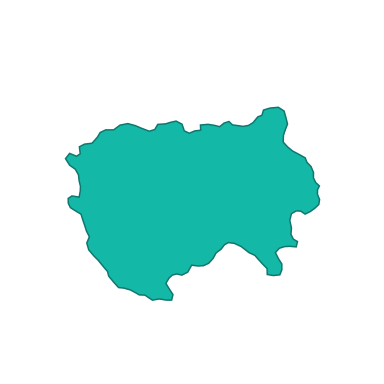 Queluzito, Minas Gerais, Brazil, rotated 308°
{"feature_id": "56859067B25947012466154", "entity_name": "Queluzito", "entity_type": "district", "adm_level": 2, "iso_a3": "BRA", "parent_name": "Brazil", "parent_adm1": "Minas Gerais", "projection": "robinson", "projection_center": [-43.889, -20.731], "detail": "fine", "context": "isolated", "style": "filled", "palette": "teal", "viewbox_px": 384, "rotation_deg": 308, "n_neighbors": 0, "source": "geoboundaries", "source_scale": "gbopen_adm2", "svg_char_len": 1869}
<svg xmlns="http://www.w3.org/2000/svg" viewBox="0 0 384 384"><g transform="rotate(308 192 192)"><path d="M180.8,312.2L186.0,310.7L190.6,307.1L192.5,301.6L195.6,295.0L201.5,295.5L206.0,298.6L209.3,302.4L212.9,307.9L217.9,305.6L217.2,300.9L219.6,296.0L224.8,292.6L229.8,286.6L236.1,283.7L241.3,285.8L243.9,289.5L244.2,294.7L249.5,297.3L255.0,298.8L260.2,299.6L264.6,297.2L267.4,292.3L271.1,289.5L275.2,288.7L275.6,283.7L278.0,278.9L282.2,275.7L285.3,270.2L286.2,264.2L288.6,260.2L287.6,253.7L286.2,245.9L286.4,239.4L287.5,233.1L292.9,229.2L297.9,227.4L304.4,225.4L308.6,220.0L312.5,214.7L311.9,207.9L306.2,201.8L300.6,197.9L295.4,199.9L291.8,197.6L284.2,197.4L279.2,195.5L275.2,191.9L272.5,187.2L269.8,182.5L270.3,177.7L266.0,174.8L260.5,173.6L258.3,168.6L255.2,163.0L250.0,157.4L246.0,160.8L241.9,156.6L236.7,153.7L235.4,148.3L239.3,142.4L238.1,135.8L233.7,132.2L229.4,129.2L224.2,123.4L218.3,124.2L213.6,120.9L211.0,112.5L209.4,106.5L206.4,99.3L200.4,94.1L192.7,92.0L187.9,85.8L182.3,83.0L177.0,83.7L168.9,83.2L163.5,77.8L158.3,75.4L153.3,80.4L149.1,79.0L147.1,71.8L140.4,71.8L137.8,79.0L138.1,86.0L135.6,92.0L131.3,96.2L127.8,100.6L123.9,103.4L118.5,106.2L115.0,99.8L110.7,98.4L107.0,101.4L104.8,105.8L105.4,111.8L106.2,118.2L102.8,123.1L99.2,128.6L96.3,132.8L93.5,138.7L87.0,140.5L82.8,146.3L81.2,154.2L80.5,159.8L79.4,164.7L78.3,169.6L77.4,174.3L74.4,178.2L72.7,185.9L71.5,193.0L74.4,197.6L76.9,203.8L77.8,209.0L78.5,213.9L81.7,218.3L82.4,227.4L87.6,232.1L91.1,238.5L94.3,242.5L99.4,240.2L101.4,234.4L103.9,227.7L110.0,226.9L114.5,227.7L118.0,230.4L120.3,235.2L126.2,238.0L134.1,236.8L137.4,242.3L141.0,246.4L146.0,249.0L152.6,249.5L158.9,248.5L164.8,250.1L170.5,250.1L174.5,251.8L177.6,257.0L179.3,264.3L179.3,274.3L180.8,280.6L179.7,286.1L178.7,292.0L177.9,298.3L173.3,302.1L176.3,307.6L180.8,312.2Z" fill="#14b8a6" stroke="#0f766e" stroke-width="1.5"/></g></svg>